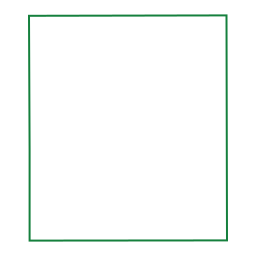 the district of Tama, Iowa, United States of America
{"feature_id": "52423323B19470112440240", "entity_name": "Tama", "entity_type": "district", "adm_level": 2, "iso_a3": "USA", "parent_name": "United States of America", "parent_adm1": "Iowa", "projection": "robinson", "projection_center": [-92.546, 42.08], "detail": "fine", "context": "isolated", "style": "outline", "palette": "green", "viewbox_px": 256, "rotation_deg": 0, "n_neighbors": 0, "source": "geoboundaries", "source_scale": "gbopen_adm2", "svg_char_len": 226}
<svg xmlns="http://www.w3.org/2000/svg" viewBox="0 0 256 256"><path d="M227.0,240.4L226.5,15.4L176.8,15.5L127.7,15.6L29.0,15.8L29.2,60.6L29.6,151.2L29.6,240.6L227.0,240.4Z" fill="none" stroke="#15803d" stroke-width="2"/></svg>